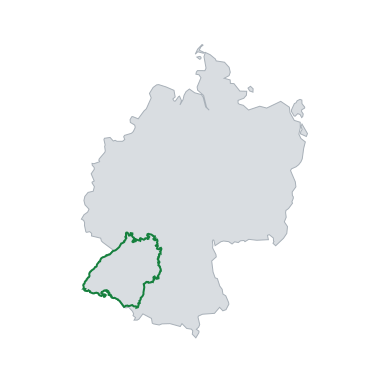 Germany, with Baden-Württemberg highlighted, rotated 22°
{"feature_id": "DEU-1573", "entity_name": "Baden-Württemberg", "entity_type": "State", "adm_level": 1, "iso_a3": "DEU", "parent_name": "Germany", "parent_adm1": "", "projection": "mercator", "projection_center": [9.433, 48.664], "detail": "fine", "context": "in_parent", "style": "outline", "palette": "green", "viewbox_px": 384, "rotation_deg": 22, "n_neighbors": 0, "source": "natural_earth", "source_scale": "10m", "svg_char_len": 9506}
<svg xmlns="http://www.w3.org/2000/svg" viewBox="0 0 384 384"><g transform="rotate(22 192 192)"><path d="M171.4,324.3L163.7,319.4L156.9,319.9L155.8,318.3L153.4,318.4L149.9,315.9L146.8,317.3L146.1,318.8L146.3,319.6L149.5,319.8L149.9,320.5L146.7,322.0L141.5,321.5L135.3,323.0L130.2,322.8L127.2,321.5L126.4,319.3L126.6,315.9L127.8,311.5L128.2,308.2L127.6,306.1L128.3,303.0L130.4,298.8L133.3,286.7L140.2,278.1L140.0,275.2L128.2,272.1L126.3,271.3L124.6,269.0L115.3,270.4L114.5,268.0L112.0,267.1L109.4,268.9L108.5,268.7L104.8,263.2L103.9,260.6L102.2,258.9L99.6,258.6L100.4,253.5L102.8,249.7L102.9,246.5L97.6,244.0L95.0,240.4L94.3,236.2L95.8,231.3L100.1,228.3L99.5,223.6L95.9,221.0L95.7,220.2L97.2,218.4L91.7,212.9L92.9,207.4L92.0,205.8L89.5,204.6L88.6,202.9L90.5,202.5L94.8,198.7L94.9,198.1L93.7,197.5L93.6,195.9L96.3,187.8L96.2,186.4L93.9,182.4L93.9,181.0L90.7,176.4L90.7,175.0L95.6,172.1L99.9,174.2L101.4,172.9L103.5,173.1L108.6,171.0L110.0,168.5L108.0,166.4L108.2,164.8L113.9,160.2L114.9,158.0L115.2,153.7L114.5,152.3L113.7,151.4L108.8,150.6L107.5,148.2L107.9,144.9L108.7,144.3L114.7,144.3L117.1,134.9L118.5,131.9L118.9,120.0L115.6,116.5L116.8,109.6L119.1,105.9L120.9,104.9L128.6,104.3L137.2,104.5L140.8,110.2L139.4,113.0L141.5,114.4L142.5,113.9L143.8,108.6L144.5,107.8L148.1,111.3L148.2,115.8L149.1,109.6L148.4,105.3L148.9,101.1L151.0,97.5L157.3,99.0L164.2,98.2L166.8,99.9L172.8,108.0L177.3,109.7L173.8,108.0L166.6,98.1L159.1,95.5L157.4,92.7L157.5,82.7L154.6,80.7L151.5,81.3L151.1,79.1L151.6,77.4L158.5,74.7L158.6,71.9L152.4,62.0L152.1,57.6L157.4,57.9L163.8,59.9L165.3,61.4L173.5,59.5L179.7,62.5L182.6,66.6L182.8,70.2L179.2,74.5L185.4,73.8L186.9,76.9L190.3,75.8L198.6,80.5L205.0,78.1L206.2,81.9L204.9,85.7L200.4,89.8L201.4,92.3L202.9,92.9L207.1,92.4L213.7,94.8L222.7,87.1L229.8,86.2L240.3,74.7L250.5,76.9L253.2,81.8L260.0,87.3L266.2,86.8L268.4,92.0L269.4,98.3L273.0,101.6L278.3,103.1L279.2,109.7L281.8,120.0L281.7,123.2L280.7,126.7L279.0,129.7L275.6,133.2L275.3,135.2L284.0,143.9L286.4,148.3L284.9,154.5L286.3,157.5L287.8,158.6L288.3,160.1L288.3,163.7L289.4,164.7L287.7,171.2L286.0,173.9L286.5,176.1L288.8,180.1L288.8,185.1L293.5,188.3L295.4,194.9L294.2,200.6L289.7,210.5L286.3,209.2L286.5,207.1L285.9,206.9L284.7,204.2L279.6,202.6L278.2,203.9L280.7,207.6L270.1,212.5L262.4,214.6L259.7,218.2L258.3,217.5L255.2,219.1L253.9,221.5L250.2,222.2L248.6,225.2L244.6,224.3L239.7,225.6L237.5,227.2L233.5,233.1L230.3,228.5L229.5,228.5L229.3,230.0L231.2,233.3L232.0,236.1L237.6,241.0L238.8,243.1L236.1,248.6L241.5,258.3L245.6,262.9L248.0,262.8L253.0,268.8L256.4,270.9L258.9,275.0L262.2,275.6L267.2,280.6L268.2,282.2L267.6,288.4L265.1,290.6L260.8,288.6L258.3,296.1L247.5,301.4L244.4,304.7L244.4,305.7L248.8,312.0L248.8,314.8L247.5,317.7L250.6,318.4L251.1,319.9L250.2,325.8L245.5,323.7L244.7,320.4L242.8,319.4L238.2,320.5L232.0,317.8L231.5,321.1L220.9,322.3L213.6,325.5L211.4,327.6L205.7,328.7L204.3,328.5L201.8,324.4L192.1,323.4L190.5,329.6L189.2,331.3L186.3,332.5L186.7,329.6L183.6,328.7L183.5,326.8L181.5,324.9L176.5,322.6L174.2,324.2L171.4,324.3ZM265.9,78.0L266.4,80.6L265.8,81.9L263.3,79.7L260.7,79.7L259.2,83.1L258.1,83.2L254.1,80.2L253.5,78.7L253.8,71.7L255.1,70.2L255.3,68.0L257.4,65.7L259.4,65.6L260.9,68.9L264.7,71.1L265.0,72.0L262.9,74.8L263.4,76.3L265.9,78.0ZM277.2,94.6L277.2,97.7L270.7,97.4L270.2,95.1L270.7,92.8L268.5,90.4L268.5,87.8L277.2,94.6ZM144.8,59.8L143.4,63.0L143.7,57.5L146.1,51.5L147.2,51.7L145.8,54.4L145.6,57.8L151.2,58.1L150.5,59.1L144.8,59.8ZM211.1,76.6L207.6,76.7L205.0,74.7L206.6,72.1L210.0,73.4L211.1,76.6ZM150.3,65.1L149.4,66.1L146.0,65.1L148.5,63.3L149.9,63.7L150.3,65.1Z" fill="#d9dde1" stroke="#a8b0b8" stroke-width="1"/><path d="M172.1,324.0L165.7,320.1L164.9,319.9L164.0,319.9L163.7,319.4L162.5,319.4L159.9,319.1L159.5,319.3L159.2,319.7L158.3,319.9L157.4,320.0L156.9,319.9L156.2,319.4L155.9,319.0L155.9,318.8L156.3,318.7L155.7,318.2L155.0,317.7L154.4,317.7L154.2,318.4L154.4,318.6L153.2,318.6L153.1,318.1L152.8,317.6L153.2,316.8L153.1,316.5L152.4,316.4L151.8,315.4L151.5,315.3L151.3,315.6L151.2,316.3L150.9,316.5L150.7,316.3L150.6,315.2L150.2,315.0L149.6,315.0L149.2,315.2L149.4,315.7L149.1,315.9L147.6,316.1L147.5,316.3L147.0,316.9L146.9,317.6L146.1,318.2L145.8,318.4L145.8,318.7L146.0,319.2L145.8,319.6L146.3,319.7L147.3,320.4L147.7,320.4L148.7,319.8L149.8,319.6L150.7,319.9L150.6,320.7L150.4,320.6L150.4,320.3L150.1,320.4L150.0,320.6L150.1,321.0L150.1,321.7L150.0,322.0L149.6,322.1L149.1,321.3L148.8,321.0L148.1,321.1L147.4,321.5L147.1,322.3L146.4,322.4L145.0,322.4L143.9,322.0L143.5,321.2L142.7,321.0L142.3,321.0L141.0,321.2L140.7,321.6L140.2,321.7L139.6,322.2L139.2,322.7L139.0,322.8L137.9,323.1L135.0,323.1L134.8,322.3L134.7,322.2L133.2,322.1L132.9,321.9L132.2,323.0L131.7,323.2L129.8,323.6L129.4,323.5L128.2,322.9L128.8,322.9L129.0,322.7L129.3,321.9L128.8,321.9L127.6,322.3L127.8,321.8L127.7,321.5L127.3,321.0L126.8,320.0L126.5,319.6L126.2,319.4L126.1,319.2L126.0,318.2L126.6,317.3L126.6,316.8L126.3,315.6L126.4,315.1L126.7,314.1L127.1,313.7L127.2,313.3L127.0,312.4L127.5,311.5L127.5,310.8L127.6,310.3L128.2,309.7L128.4,309.3L128.4,308.2L127.4,306.5L127.3,305.1L127.6,303.9L128.1,303.2L128.1,302.7L128.3,302.3L129.7,300.2L129.9,299.8L130.3,297.8L131.1,297.3L131.4,296.8L131.4,296.3L131.1,295.4L131.1,295.0L131.1,294.5L131.4,293.3L131.8,292.4L131.8,291.7L131.9,291.4L132.8,290.7L132.5,289.7L132.5,288.6L132.7,287.4L133.7,285.9L134.3,285.6L134.6,285.3L136.1,283.8L136.2,283.5L136.2,282.9L136.3,282.6L137.4,282.4L137.5,282.3L137.6,281.8L137.9,281.4L138.1,281.4L139.0,280.9L139.3,280.4L140.3,277.6L141.0,276.2L141.5,275.7L142.2,275.4L142.9,274.6L143.4,273.9L145.1,270.5L145.2,270.1L145.6,266.8L145.7,266.2L146.3,265.8L147.8,264.0L147.9,263.6L147.4,263.4L147.4,263.1L148.2,261.2L148.1,260.0L148.4,259.3L148.1,258.9L147.0,258.6L147.0,258.4L147.5,258.1L147.5,257.9L147.2,257.3L146.6,255.8L146.2,255.0L146.4,254.2L147.1,253.9L147.7,254.0L148.2,254.4L149.8,256.0L150.7,255.6L150.9,255.4L150.9,255.1L150.5,253.3L150.5,253.1L152.2,252.7L152.4,253.1L152.6,253.4L152.6,253.7L152.5,254.0L152.6,254.4L152.9,255.2L153.2,255.5L154.3,256.1L155.2,256.1L155.4,256.4L155.5,256.7L155.7,256.9L157.1,256.7L157.2,256.9L157.1,257.2L156.8,257.8L156.6,257.8L156.2,257.5L155.7,258.2L155.8,259.2L155.7,259.4L155.4,259.6L155.3,260.2L155.4,260.4L156.1,260.6L156.4,260.4L157.1,259.6L157.3,258.8L157.5,258.9L157.5,259.0L158.2,258.8L158.3,258.5L158.3,258.3L157.9,257.6L158.5,256.9L159.8,256.8L160.4,256.9L160.6,256.8L161.1,256.3L161.3,256.3L161.9,256.3L162.2,256.7L162.4,256.7L162.4,256.4L162.2,256.0L161.7,255.2L161.2,254.6L161.3,254.4L161.8,254.7L162.1,254.3L162.3,254.5L163.6,254.2L165.3,254.3L165.5,254.1L165.8,253.4L166.1,253.1L166.0,252.5L166.2,252.3L166.7,252.1L167.4,252.0L168.1,251.7L168.5,252.1L169.1,251.7L168.9,251.3L169.2,249.7L168.5,249.4L168.4,249.5L168.2,250.0L167.9,250.0L167.9,249.8L167.9,249.5L167.8,249.2L166.9,249.1L166.6,248.9L166.6,248.6L166.8,248.3L166.6,247.7L167.0,247.3L167.5,247.0L168.6,247.1L169.4,246.8L170.2,246.7L170.6,246.7L171.9,247.2L172.1,247.3L172.5,247.1L173.2,247.5L174.2,247.1L174.3,247.4L174.2,247.7L174.3,248.2L174.1,248.6L174.2,249.0L174.0,249.5L173.8,250.0L174.3,250.4L174.8,250.4L175.0,249.7L175.3,249.6L175.4,249.3L175.5,249.2L175.6,249.8L175.9,250.3L176.0,250.4L176.8,249.6L177.5,249.2L177.6,249.3L178.4,250.4L178.4,251.8L179.3,252.7L179.5,253.1L179.4,253.4L179.0,254.0L179.0,254.6L178.6,255.1L178.5,255.3L178.7,255.5L179.1,255.4L179.3,254.8L179.6,254.7L180.0,254.2L180.3,254.5L180.2,254.8L180.6,255.2L180.6,256.0L180.6,256.6L180.7,257.6L181.0,257.7L182.6,257.6L182.8,257.5L183.6,256.6L183.6,256.3L183.4,256.0L184.1,255.4L184.5,255.7L184.3,256.1L184.4,256.3L185.0,256.6L185.0,256.8L184.9,257.2L185.1,257.9L184.9,258.5L184.7,259.0L185.3,259.3L186.0,261.0L185.3,261.0L184.9,261.5L184.8,262.4L184.9,262.7L185.1,263.0L185.5,263.2L185.6,263.3L185.4,263.9L185.7,264.7L185.7,265.0L185.1,264.8L185.0,265.0L185.1,265.3L185.4,265.6L185.4,266.3L185.8,266.9L185.5,267.2L186.2,267.8L187.1,268.9L187.6,268.7L188.1,269.2L188.1,269.5L188.1,269.9L187.9,270.4L187.8,270.6L187.4,270.6L187.7,271.0L188.0,271.1L188.0,271.5L188.4,272.0L188.3,272.5L188.9,272.8L189.4,272.8L189.8,273.1L190.1,273.1L190.3,273.3L190.4,273.9L191.5,274.8L191.7,275.2L192.1,275.6L192.2,276.0L192.5,276.3L192.7,277.0L192.2,277.5L192.4,277.7L192.4,279.0L192.2,279.4L192.5,280.1L192.4,280.6L192.1,281.1L192.1,282.0L191.9,282.3L191.9,282.6L191.9,282.9L192.1,283.1L192.8,283.4L192.9,283.8L193.3,284.6L192.0,285.6L191.9,285.5L191.9,285.3L192.0,285.0L192.0,284.7L192.1,284.4L191.9,284.4L190.5,285.7L190.1,284.9L189.4,284.9L188.9,284.4L188.3,285.1L188.2,285.6L188.6,286.3L189.6,287.2L189.7,287.4L189.2,287.8L189.2,288.1L189.4,288.7L189.4,289.2L189.2,290.0L189.3,290.2L188.2,290.4L187.9,290.7L187.8,291.2L185.6,292.5L185.3,292.4L185.3,291.9L185.1,291.8L184.9,291.8L184.4,292.2L183.6,292.3L183.3,292.6L183.1,293.1L183.1,293.5L181.7,295.4L181.9,295.8L182.2,295.8L182.6,296.8L183.4,298.0L183.7,299.2L184.6,303.3L185.2,304.7L185.3,305.1L185.2,306.4L185.1,307.1L184.4,309.0L184.1,309.2L184.1,309.5L184.3,310.1L184.6,310.4L184.6,310.5L184.5,311.8L184.4,311.9L184.3,312.5L184.1,312.8L184.5,313.0L185.1,314.5L184.8,314.6L184.6,315.0L184.1,315.0L183.9,315.4L184.4,316.1L184.7,316.1L184.8,316.3L184.9,318.0L185.1,318.7L185.0,319.2L184.9,319.3L184.2,319.1L184.1,319.8L183.8,320.1L183.5,319.2L183.3,319.1L182.9,319.1L182.3,319.2L181.1,319.8L180.5,319.8L180.0,319.6L179.1,319.2L178.4,319.6L176.7,321.1L175.7,321.6L174.9,321.4L174.6,321.5L174.3,321.9L173.4,322.1L172.1,324.0Z" fill="none" stroke="#15803d" stroke-width="2"/></g></svg>